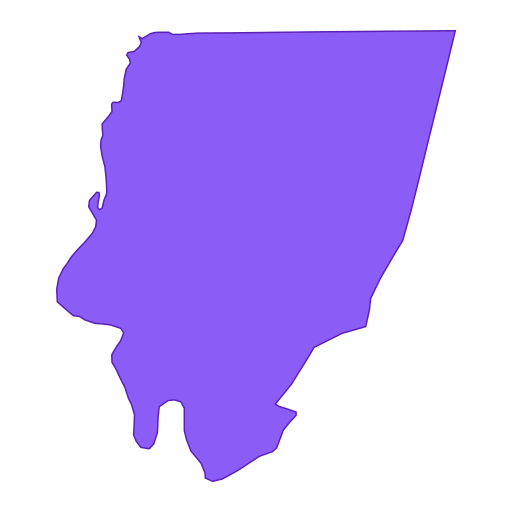 Al-Mada'in, Diyala, Iraq (Mercator projection)
{"feature_id": "34846034B77650308075556", "entity_name": "Al-Mada'in", "entity_type": "district", "adm_level": 2, "iso_a3": "IRQ", "parent_name": "Iraq", "parent_adm1": "Diyala", "projection": "mercator", "projection_center": [44.639, 33.217], "detail": "fine", "context": "isolated", "style": "filled", "palette": "violet", "viewbox_px": 512, "rotation_deg": 0, "n_neighbors": 0, "source": "geoboundaries", "source_scale": "gbopen_adm2", "svg_char_len": 2036}
<svg xmlns="http://www.w3.org/2000/svg" viewBox="0 0 512 512"><path d="M149.3,448.8L153.8,443.8L157.4,432.7L157.7,427.0L158.0,418.1L159.2,406.7L167.9,400.6L170.4,400.3L174.2,399.9L180.8,401.7L183.7,407.0L184.3,408.1L184.3,430.6L186.4,439.2L190.9,451.0L195.9,457.0L201.1,463.4L205.0,472.7L205.3,478.1L207.7,479.1L212.5,481.3L216.5,480.4L222.0,479.1L229.8,474.9L237.6,470.6L250.5,462.1L259.3,456.3L269.2,452.8L272.3,451.7L276.6,448.0L279.6,440.0L281.1,436.1L283.3,430.0L289.0,423.1L290.3,421.6L296.1,415.3L296.1,412.1L290.3,410.0L285.5,408.4L279.8,406.7L277.6,405.5L275.3,404.1L279.1,399.4L283.0,394.6L291.4,384.2L299.1,371.9L307.4,358.6L314.1,347.3L330.0,339.4L342.1,333.3L350.7,330.9L365.4,326.7L365.7,326.5L369.5,309.5L370.6,298.5L380.5,278.1L396.0,251.5L402.7,240.6L410.8,211.6L419.0,178.9L428.0,141.9L433.2,120.9L443.0,81.1L447.5,62.8L455.3,30.7L421.0,31.0L409.5,31.1L382.4,31.3L357.2,31.5L337.0,31.7L304.6,32.0L291.6,32.2L277.7,32.3L263.0,32.5L247.3,32.7L227.6,32.9L210.1,33.0L198.5,33.1L187.2,33.8L180.5,34.4L172.3,34.4L168.8,32.3L167.6,32.3L158.6,32.3L154.1,32.6L150.0,33.9L142.3,38.6L139.0,36.8L141.3,42.4L139.6,46.5L134.2,51.4L128.0,52.6L126.7,55.1L129.4,59.1L130.4,63.0L126.2,69.3L124.2,78.9L123.7,85.7L122.5,94.0L121.2,100.9L118.2,102.5L113.1,102.2L111.6,104.2L112.0,111.5L108.9,115.9L102.1,124.0L102.3,129.5L102.9,135.1L101.1,139.9L100.6,146.4L102.1,155.8L104.9,166.8L105.9,175.9L106.5,184.2L106.8,193.1L103.9,200.5L102.1,208.1L99.6,209.6L97.7,207.7L98.1,202.1L99.4,196.2L99.0,192.5L96.6,192.3L95.5,193.6L93.0,196.4L89.5,200.4L88.7,206.8L96.5,220.1L95.7,226.6L92.5,233.0L90.3,235.7L84.3,242.7L77.7,249.5L71.0,257.3L67.1,263.6L63.3,268.6L58.7,278.1L56.7,289.3L57.3,301.8L66.8,310.2L73.3,315.7L79.3,316.4L84.9,319.9L95.1,323.4L102.2,323.9L110.5,324.9L120.9,328.4L123.7,332.9L120.5,341.1L117.4,345.3L115.1,349.0L111.8,354.7L112.0,362.4L115.5,368.1L120.3,378.3L124.9,387.5L128.4,398.2L131.6,404.7L134.5,415.1L134.1,426.0L133.6,434.9L136.3,441.4L140.9,447.4L149.3,448.8Z" fill="#8b5cf6" stroke="#5b21b6" stroke-width="1.5"/></svg>